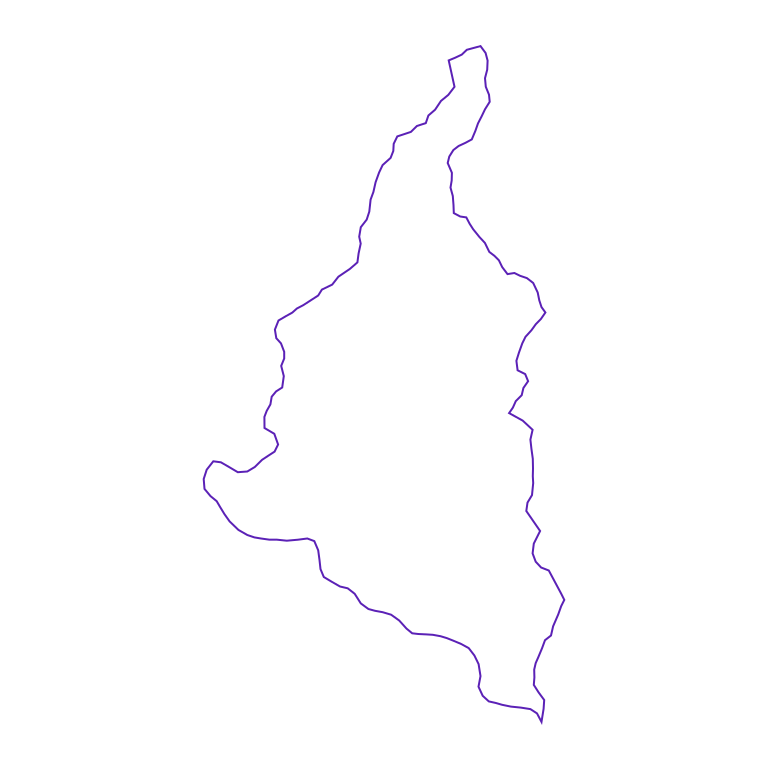 the district of Ipiaú, Bahia, Brazil
{"feature_id": "56859067B59871971648685", "entity_name": "Ipiaú", "entity_type": "district", "adm_level": 2, "iso_a3": "BRA", "parent_name": "Brazil", "parent_adm1": "Bahia", "projection": "robinson", "projection_center": [-39.724, -14.039], "detail": "fine", "context": "isolated", "style": "outline", "palette": "violet", "viewbox_px": 768, "rotation_deg": 0, "n_neighbors": 0, "source": "geoboundaries", "source_scale": "gbopen_adm2", "svg_char_len": 2658}
<svg xmlns="http://www.w3.org/2000/svg" viewBox="0 0 768 768"><path d="M238.4,529.9L247.3,535.0L254.4,537.4L261.0,538.5L269.6,539.7L277.1,539.7L286.8,540.7L298.0,539.7L307.3,538.5L314.3,541.1L318.2,550.3L319.5,560.0L320.5,569.1L323.8,577.0L331.8,581.8L340.0,586.5L347.7,588.3L354.7,593.8L360.8,603.4L368.4,609.0L375.0,610.8L382.7,612.2L391.1,614.7L399.2,620.5L406.5,628.6L412.2,633.3L418.2,634.0L426.4,634.4L432.8,634.8L440.5,636.2L446.8,638.1L453.1,640.6L461.0,643.9L468.7,648.1L474.4,655.5L478.6,664.1L480.5,676.1L478.5,686.7L482.7,695.8L488.8,701.4L495.9,703.0L502.1,704.8L510.9,706.6L520.8,707.6L530.4,709.1L537.0,713.4L541.5,721.9L543.6,708.8L544.2,700.0L538.6,692.4L533.8,684.9L534.4,677.5L534.2,669.6L535.7,663.1L538.3,657.2L542.1,648.1L545.0,640.2L551.0,635.5L553.1,626.3L558.2,614.5L561.2,606.1L564.3,599.9L561.2,593.7L548.8,570.5L541.1,567.5L535.7,561.7L532.6,553.4L533.8,543.6L540.1,531.0L526.3,511.0L527.5,502.6L532.0,495.1L533.2,483.1L532.8,476.2L533.0,468.6L532.8,458.8L531.4,448.6L530.4,439.6L532.6,429.8L522.7,420.6L509.1,413.1L512.9,407.6L515.8,401.1L521.7,395.2L523.4,388.0L528.1,381.2L525.2,374.1L517.6,370.3L516.4,360.8L519.0,352.5L522.3,343.3L525.5,336.8L531.4,330.3L535.8,324.2L540.9,319.0L545.4,312.5L541.5,307.1L539.3,300.4L537.7,292.5L533.2,283.0L526.9,278.1L520.1,275.8L514.4,273.0L507.5,274.1L502.2,267.1L498.9,260.3L494.5,255.9L489.3,251.9L484.9,242.9L479.5,237.1L473.2,229.3L469.6,223.7L466.3,217.4L460.2,216.5L453.8,213.1L453.5,205.1L452.8,196.0L450.5,187.6L451.7,180.4L451.9,172.8L447.7,163.0L449.3,156.5L453.4,150.0L458.6,146.0L465.5,142.8L471.8,139.4L475.4,130.8L478.0,123.4L481.7,116.2L485.0,109.3L489.7,101.8L489.0,94.7L485.8,86.8L485.0,78.2L487.2,69.7L487.6,60.6L485.6,53.0L480.5,46.1L466.8,49.8L461.8,54.6L455.0,57.8L448.7,60.4L454.5,86.8L448.3,94.9L441.0,100.9L435.1,109.7L428.4,115.5L425.8,123.1L416.9,126.0L410.9,131.9L404.6,134.0L397.3,136.4L393.7,143.8L393.3,151.0L390.6,157.9L382.6,165.1L379.1,172.5L375.6,182.2L373.4,192.0L370.6,199.6L369.3,211.6L366.7,219.6L360.8,227.2L359.2,236.7L360.7,243.6L358.6,253.4L357.4,262.4L349.9,268.9L338.4,276.7L332.2,284.6L321.9,289.6L318.2,295.5L312.8,299.0L303.2,305.2L296.9,308.5L292.3,312.6L286.0,316.1L278.5,320.5L274.9,329.6L276.3,338.2L281.0,343.4L284.2,351.8L284.2,358.5L281.2,365.9L283.8,376.1L282.2,387.5L276.1,391.4L271.7,396.7L270.4,404.4L266.7,410.9L264.4,416.9L264.5,428.0L274.3,433.8L278.1,444.5L274.6,451.6L268.6,455.5L262.1,459.8L254.8,467.0L247.3,471.5L237.8,472.2L229.2,467.1L220.9,462.3L213.3,461.3L206.7,469.7L203.7,479.0L204.5,488.9L210.5,496.1L216.7,501.2L220.1,507.0L224.5,514.2L229.6,521.4L238.4,529.9Z" fill="none" stroke="#5b21b6" stroke-width="2"/></svg>